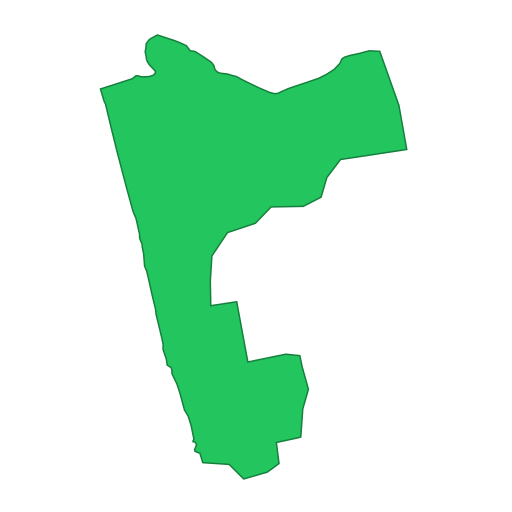 outline of Ablekuma West Municipal, Greater Accra, Ghana, rotated 89°
{"feature_id": "2480657B12570528382412", "entity_name": "Ablekuma West Municipal", "entity_type": "district", "adm_level": 2, "iso_a3": "GHA", "parent_name": "Ghana", "parent_adm1": "Greater Accra", "projection": "robinson", "projection_center": [-0.256, 5.538], "detail": "fine", "context": "isolated", "style": "filled", "palette": "green", "viewbox_px": 512, "rotation_deg": 89, "n_neighbors": 0, "source": "geoboundaries", "source_scale": "gbopen_adm2", "svg_char_len": 1748}
<svg xmlns="http://www.w3.org/2000/svg" viewBox="0 0 512 512"><g transform="rotate(89 256 256)"><path d="M152.1,103.4L107.8,110.5L53.5,128.7L52.8,139.0L53.6,142.6L55.2,148.8L57.1,158.5L58.8,164.2L60.5,166.7L64.8,168.7L70.8,174.6L75.6,182.3L79.4,190.2L83.4,202.5L86.8,213.5L89.2,220.8L91.7,226.7L93.9,231.8L94.0,234.8L92.6,239.7L87.6,250.8L81.1,263.6L79.8,266.1L78.4,268.6L76.2,272.5L75.0,277.0L73.5,281.5L72.6,288.7L71.4,291.4L68.9,293.8L64.8,294.8L62.7,296.3L61.1,297.7L58.7,301.2L56.2,304.7L53.2,309.2L50.8,312.8L50.0,315.2L49.9,317.9L44.4,322.1L43.6,323.9L41.4,328.3L39.2,333.7L33.3,350.7L36.6,357.1L37.8,359.0L41.8,362.1L46.2,362.5L49.6,363.2L50.9,363.1L53.3,362.5L57.1,362.1L59.4,361.4L62.7,359.5L65.8,356.7L68.8,353.9L70.2,353.2L72.0,353.9L73.6,355.8L74.7,359.6L74.9,365.6L74.6,368.7L73.8,370.3L73.7,372.9L74.9,374.4L76.6,376.6L86.3,408.6L98.5,405.2L101.5,403.8L126.0,398.4L147.1,393.6L186.1,384.1L209.5,378.1L216.7,375.2L220.2,374.5L232.0,372.1L236.4,372.0L242.3,369.7L244.9,369.6L251.9,368.3L264.1,367.6L269.4,365.5L276.3,364.0L288.0,361.6L295.3,360.1L307.3,357.4L312.6,356.9L322.4,354.7L336.4,351.6L342.6,350.4L347.7,350.6L357.3,347.5L363.5,346.7L366.1,342.9L368.3,342.1L372.1,342.1L382.6,337.3L392.0,334.4L408.7,330.2L414.9,326.6L424.5,323.8L437.9,321.3L439.8,322.2L440.8,322.0L440.6,321.0L441.8,319.4L444.2,318.9L448.4,320.8L450.1,320.5L451.0,318.8L452.3,315.5L461.7,312.8L463.9,286.5L478.7,272.2L472.3,248.5L463.9,236.6L442.8,238.9L438.6,217.5L437.8,214.4L409.7,211.9L390.2,205.9L367.1,211.9L356.4,213.9L354.7,227.9L361.8,266.0L301.4,276.1L304.9,302.1L280.1,302.1L255.2,300.1L232.1,284.1L223.2,256.0L207.2,240.0L207.2,207.9L198.3,189.9L178.8,183.8L161.0,169.8L152.1,103.4Z" fill="#22c55e" stroke="#15803d" stroke-width="1.5"/></g></svg>